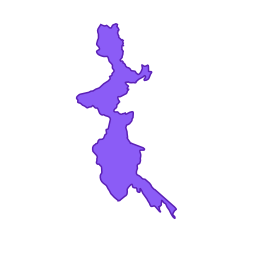 SVG path tracing the border of F.A.T.A., rotated 326°
{"feature_id": "PAK-1112", "entity_name": "F.A.T.A.", "entity_type": "Territory", "adm_level": 1, "iso_a3": "PAK", "parent_name": "Pakistan", "parent_adm1": "", "projection": "equal_earth", "projection_center": [70.829, 33.002], "detail": "fine", "context": "isolated", "style": "filled", "palette": "violet", "viewbox_px": 256, "rotation_deg": 326, "n_neighbors": 0, "source": "natural_earth", "source_scale": "10m", "svg_char_len": 5823}
<svg xmlns="http://www.w3.org/2000/svg" viewBox="0 0 256 256"><g transform="rotate(326 128 128)"><path d="M147.9,46.9L148.6,46.6L149.0,45.5L149.1,44.3L148.7,42.0L148.8,41.2L149.2,40.6L151.9,38.2L153.4,37.3L153.9,36.8L156.0,33.6L156.5,31.8L157.3,30.2L158.6,29.1L163.3,27.0L164.0,28.2L165.3,30.0L166.2,30.6L167.7,31.0L168.6,33.7L168.6,34.3L169.3,35.2L170.1,35.6L170.4,35.5L172.1,34.5L173.1,34.2L174.5,34.4L175.6,34.8L176.2,34.8L176.5,35.1L177.1,36.2L177.1,36.4L176.5,36.7L176.0,37.5L175.6,37.5L175.4,37.8L175.6,38.4L175.7,39.1L175.5,41.3L174.7,42.0L174.1,41.8L172.9,43.1L172.5,43.3L171.9,45.6L171.9,46.5L171.0,47.7L171.5,49.7L171.5,49.9L171.7,50.7L171.7,51.4L172.1,51.5L172.5,51.5L173.0,52.8L172.1,53.3L171.7,53.7L171.5,54.6L171.6,55.0L171.0,55.5L170.4,55.6L170.2,56.5L170.2,57.1L169.8,57.0L169.4,56.6L169.0,56.5L167.9,57.6L167.8,58.3L166.8,59.2L167.0,59.9L166.7,60.8L167.0,61.2L166.9,61.8L165.6,63.0L165.3,63.7L163.0,65.6L162.6,66.2L159.6,67.1L159.4,67.5L159.4,68.0L159.3,68.3L159.6,68.6L160.2,68.9L160.8,69.4L160.9,70.4L160.4,71.0L160.3,71.3L160.9,72.1L161.1,73.4L161.1,73.9L160.8,74.9L160.7,75.9L160.9,76.5L161.1,77.2L162.0,78.2L162.6,79.3L162.8,80.4L162.7,81.8L162.8,82.3L163.5,83.0L164.9,84.2L165.6,85.0L165.6,87.1L166.0,88.5L166.3,89.2L166.8,89.5L167.6,89.5L169.4,89.1L171.6,87.8L172.9,86.9L173.4,86.3L174.6,83.8L174.8,83.6L175.2,84.0L175.7,85.5L176.4,86.2L177.0,86.5L178.2,86.8L179.3,86.8L179.5,87.0L179.7,87.5L179.4,88.3L176.8,92.5L177.0,92.9L178.8,94.3L178.9,94.7L178.8,95.0L178.4,95.3L176.7,96.0L173.5,98.2L172.4,98.7L171.6,98.8L170.0,98.6L168.7,98.0L168.4,97.9L168.2,97.3L168.5,96.7L170.3,96.0L171.2,95.4L171.4,95.0L171.4,94.6L171.0,93.9L170.5,93.8L169.7,94.1L163.6,93.6L162.7,93.9L161.1,94.0L160.3,94.3L160.1,94.7L159.6,94.7L159.1,94.5L157.9,93.4L156.0,92.3L155.1,91.6L154.4,90.9L154.2,90.2L153.9,89.8L153.3,89.8L152.2,89.0L151.3,88.8L151.2,88.9L151.1,89.1L151.1,91.3L151.7,93.0L151.7,93.6L150.3,94.2L149.4,94.9L149.3,95.3L149.4,95.6L150.0,95.9L150.2,96.2L150.0,96.5L148.0,97.1L146.9,98.1L145.8,98.5L139.5,97.8L138.8,97.6L137.5,96.6L136.9,96.7L136.4,97.2L135.9,98.7L135.7,99.6L135.8,101.2L135.5,101.7L134.8,101.7L133.7,102.2L132.0,102.4L131.6,102.8L130.4,104.2L130.0,104.5L129.6,104.7L128.4,104.7L126.8,105.1L125.9,105.8L125.7,106.5L125.8,106.9L126.5,107.7L128.2,108.7L128.5,109.2L128.8,111.1L129.8,112.7L130.7,113.1L131.7,113.2L132.9,113.8L134.1,114.0L133.9,115.1L134.1,115.5L138.3,116.0L140.5,116.8L140.9,117.2L141.1,117.6L141.0,118.0L140.4,119.0L137.9,122.2L136.7,122.6L135.4,124.0L134.6,124.4L131.7,125.3L129.7,125.1L128.4,124.8L127.6,125.4L127.0,126.0L126.4,126.3L125.1,130.5L124.1,132.2L122.5,135.4L122.2,135.7L121.8,135.7L121.7,136.1L121.6,138.9L121.7,140.4L121.5,142.1L122.2,142.3L122.8,143.4L129.5,152.9L129.9,154.3L129.9,154.7L129.3,155.2L128.8,155.2L126.2,153.5L125.4,153.3L125.0,153.5L124.5,154.4L124.0,156.4L123.5,157.5L122.6,158.7L121.2,160.1L120.2,161.9L119.2,162.9L117.9,163.8L117.4,163.9L116.5,163.6L115.3,163.8L114.8,164.1L114.4,164.5L113.9,165.6L113.2,166.8L111.4,168.1L110.5,169.0L109.6,170.3L109.5,170.7L109.4,171.8L110.6,174.0L111.2,175.8L111.5,177.7L111.9,178.6L113.5,180.1L115.0,185.8L115.1,188.2L114.8,189.8L115.2,192.9L115.9,194.3L122.4,219.4L122.7,221.8L122.5,222.4L120.3,222.6L118.4,223.5L117.0,224.3L116.8,224.6L116.7,225.1L117.0,227.0L117.1,227.8L116.7,228.8L116.5,229.0L116.3,229.0L116.0,228.6L115.6,226.9L115.6,225.6L115.7,223.5L116.3,219.0L116.2,215.5L116.7,212.7L116.8,212.1L116.7,211.5L116.1,210.5L116.0,210.0L115.9,209.3L115.9,208.0L115.8,207.4L115.5,206.9L115.3,206.9L114.3,208.4L113.5,208.8L112.8,210.2L112.4,210.5L112.1,210.6L111.2,210.5L110.6,211.0L110.2,210.9L109.9,210.6L109.5,210.5L109.1,212.2L108.5,213.0L108.4,213.3L108.2,214.3L108.2,215.4L108.0,215.6L107.5,215.1L106.7,208.5L106.2,207.3L105.8,207.0L105.1,206.9L103.8,206.3L103.3,205.8L103.2,205.3L103.3,204.1L103.7,202.2L103.8,198.9L104.0,197.7L103.8,190.4L104.0,189.3L104.2,188.3L104.4,185.3L104.1,185.1L103.8,185.2L102.8,187.1L101.9,187.7L101.6,187.7L101.2,187.5L100.5,186.6L100.3,186.0L100.3,185.5L101.4,183.2L101.4,182.7L101.3,182.2L99.9,181.2L99.1,180.2L99.0,179.8L99.0,179.4L99.7,177.7L99.8,177.0L99.6,176.8L98.5,176.6L95.1,177.4L93.3,178.2L92.7,178.8L91.7,180.5L90.4,182.0L89.7,182.5L88.3,182.9L87.6,182.8L81.7,183.3L80.9,183.5L80.4,183.5L80.1,183.0L79.1,182.9L79.2,182.6L79.1,181.9L77.9,177.9L77.1,173.0L77.2,171.8L77.5,169.6L77.5,167.4L77.9,164.0L77.7,162.9L76.7,160.0L76.3,157.7L76.5,155.6L77.3,153.6L78.5,151.9L79.3,151.3L80.9,150.7L81.6,150.0L83.7,146.5L84.2,145.5L84.3,144.9L83.9,143.1L83.8,141.8L82.8,141.2L82.5,140.8L82.3,140.4L82.3,139.4L82.7,138.7L84.0,137.6L85.0,136.1L86.3,135.0L86.7,133.4L85.9,127.8L86.7,126.0L87.8,124.5L89.1,123.6L90.7,123.3L91.5,123.4L92.7,123.1L93.8,123.5L94.5,123.3L96.4,121.8L97.9,121.5L100.5,123.0L102.2,122.8L105.1,120.8L105.5,120.7L106.6,120.8L107.1,120.6L107.4,120.1L108.7,117.4L109.2,117.1L110.1,117.5L111.0,117.6L111.7,117.1L118.4,110.8L118.7,109.1L118.1,107.5L116.0,104.9L115.5,103.7L115.3,103.4L113.9,102.8L113.3,102.0L113.0,101.1L112.8,100.1L112.9,99.1L113.7,95.8L113.7,94.6L113.6,94.2L112.6,93.6L112.1,93.0L111.9,92.2L111.6,90.2L111.2,89.6L109.5,89.9L107.4,88.9L105.9,88.7L105.3,88.3L104.3,85.5L103.3,84.0L103.0,83.2L102.5,81.2L102.1,80.5L101.0,79.2L100.8,78.5L102.0,76.9L102.1,76.2L101.9,75.4L102.0,74.6L102.7,73.8L103.7,73.4L105.8,73.1L107.1,73.2L115.5,76.5L117.7,76.7L119.1,77.4L119.8,77.7L123.0,77.8L126.2,78.6L127.4,78.6L132.6,77.8L137.9,77.9L140.7,77.3L141.4,75.8L141.5,75.1L141.9,75.0L143.0,75.3L143.7,75.4L144.2,75.2L144.7,74.7L145.2,74.0L147.9,73.3L148.5,72.6L148.7,71.7L148.5,70.0L148.9,69.0L150.0,67.6L150.3,66.9L150.3,65.7L149.8,62.8L149.8,61.9L151.0,58.3L150.8,57.0L148.0,55.3L146.8,54.0L145.7,52.5L144.9,51.2L144.5,50.2L144.3,49.1L144.4,47.9L144.8,47.0L145.5,46.7L146.3,46.7L147.9,46.9Z" fill="#8b5cf6" stroke="#5b21b6" stroke-width="1.5"/></g></svg>